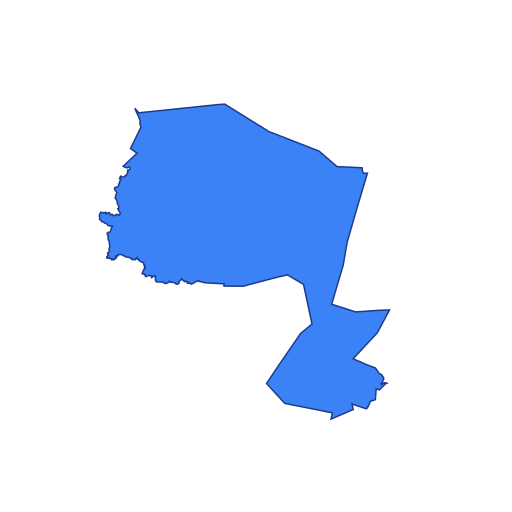 San Francisco del Oro, Chihuahua, Mexico, rotated 245°
{"feature_id": "50627088B76739028658170", "entity_name": "San Francisco del Oro", "entity_type": "district", "adm_level": 2, "iso_a3": "MEX", "parent_name": "Mexico", "parent_adm1": "Chihuahua", "projection": "orthographic", "projection_center": [-105.915, 26.89], "detail": "fine", "context": "isolated", "style": "filled", "palette": "blue", "viewbox_px": 512, "rotation_deg": 245, "n_neighbors": 0, "source": "geoboundaries", "source_scale": "gbopen_adm2", "svg_char_len": 5971}
<svg xmlns="http://www.w3.org/2000/svg" viewBox="0 0 512 512"><g transform="rotate(245 256 256)"><path d="M288.0,145.3L287.6,146.4L286.7,146.7L286.6,146.8L286.3,147.4L286.2,147.7L286.1,147.8L284.8,147.2L284.2,147.2L284.0,147.3L283.8,147.6L283.7,147.8L283.7,148.0L283.9,148.9L283.8,150.2L283.6,150.5L283.4,151.0L283.0,151.4L282.9,151.5L282.8,152.3L282.7,152.5L281.8,152.5L281.2,152.5L280.8,152.3L280.4,152.3L280.4,152.7L280.7,153.1L280.9,153.4L281.0,153.5L281.3,154.1L281.2,154.5L280.9,155.0L280.7,155.3L280.9,155.8L280.8,156.1L280.3,156.2L278.7,155.4L277.3,155.1L277.2,155.0L276.6,154.8L276.4,154.6L275.1,154.6L274.6,154.9L271.6,160.9L270.2,161.3L269.6,162.1L269.4,162.3L269.2,162.6L269.2,163.1L269.0,163.5L269.0,165.1L269.1,165.5L269.6,166.3L269.8,166.4L269.9,166.6L269.8,166.9L269.3,167.1L268.5,167.2L268.3,167.4L268.0,167.9L268.0,168.3L267.8,169.0L267.1,169.7L266.7,170.1L265.6,171.1L265.6,171.4L265.0,171.9L264.2,171.8L263.8,172.4L263.7,172.6L263.7,173.0L263.7,174.3L263.8,174.6L264.7,175.2L265.1,175.1L266.4,178.5L266.7,179.2L265.4,179.3L264.9,179.7L264.4,179.7L263.9,179.9L263.3,181.1L263.1,181.2L262.7,180.9L262.4,181.9L262.0,182.6L261.4,183.0L260.8,182.7L260.7,182.9L260.3,182.4L260.1,182.7L259.7,184.2L259.8,184.4L259.5,184.6L259.1,184.5L258.6,184.7L258.1,185.2L257.8,185.8L257.7,186.5L258.0,187.7L257.9,188.3L257.8,188.9L257.9,189.1L258.0,189.4L258.1,189.6L258.0,189.8L258.1,190.7L258.4,191.8L258.0,193.1L257.7,193.1L257.4,193.0L257.2,193.1L257.0,194.1L256.9,194.4L256.5,194.5L253.1,198.8L244.2,215.4L242.3,214.2L233.9,231.9L233.1,237.2L227.5,267.8L225.6,276.5L210.2,287.1L170.7,278.0L166.9,263.6L147.3,230.3L136.0,211.7L110.2,219.8L81.6,258.9L76.5,255.1L75.8,279.3L81.3,280.4L71.1,291.2L70.9,291.9L71.8,293.4L73.1,295.1L74.4,296.7L75.6,297.7L76.0,298.5L75.5,301.5L75.4,303.5L84.8,308.8L82.5,311.2L85.0,318.1L85.4,318.4L85.3,320.8L86.3,320.0L86.8,318.7L86.9,317.1L86.7,316.0L86.7,315.4L87.6,315.6L87.8,316.3L89.8,319.1L90.7,319.8L91.9,320.3L93.5,319.9L93.9,319.6L94.8,319.9L97.6,318.0L104.0,316.9L111.7,309.5L121.8,300.6L135.2,333.6L150.7,354.2L151.2,353.0L153.5,347.5L155.4,343.0L163.2,322.7L180.3,304.2L210.9,331.2L229.9,344.4L257.0,368.0L284.0,392.0L285.5,388.3L288.0,388.4L288.9,388.6L290.0,389.1L291.1,389.5L302.8,367.2L324.4,357.5L363.2,320.4L406.9,291.8L409.0,286.4L435.3,210.3L441.1,208.6L436.0,208.4L432.5,208.6L431.1,208.3L430.2,208.3L428.4,208.2L427.4,208.1L426.8,208.1L425.9,207.1L425.4,206.8L423.4,206.5L423.0,206.6L421.1,205.8L406.4,187.7L399.5,191.6L396.3,182.0L393.4,173.5L392.0,174.6L391.0,175.6L390.5,176.2L390.4,176.6L390.3,176.9L390.5,178.1L390.4,178.4L390.3,178.7L389.8,179.2L389.2,179.2L388.5,178.8L388.2,178.5L388.0,178.2L387.6,177.5L387.6,177.2L387.7,176.8L388.1,176.4L387.9,175.9L387.8,175.7L387.6,175.6L386.3,175.3L386.0,175.2L385.1,173.9L384.3,173.1L384.1,172.7L384.0,172.4L383.9,172.2L384.2,171.8L384.3,171.5L384.2,171.3L383.6,170.6L383.3,169.9L383.3,169.6L383.5,169.2L384.0,168.4L384.8,167.8L385.4,167.5L385.6,167.0L385.6,166.9L385.4,166.6L385.0,166.4L384.6,166.0L384.4,165.8L384.2,165.7L383.9,165.0L383.8,164.9L383.6,165.0L383.4,165.5L383.1,165.9L382.7,165.9L382.3,165.6L381.7,164.7L381.1,164.1L381.0,163.8L380.8,163.6L380.3,163.3L379.8,163.0L379.5,162.7L379.3,161.9L379.1,161.7L378.0,161.5L377.9,161.4L377.4,160.6L377.0,159.7L377.0,159.4L377.1,159.2L377.5,158.7L377.7,157.3L377.6,156.9L376.9,156.3L376.5,156.1L375.8,156.0L375.3,156.2L373.0,156.6L372.6,156.6L372.1,156.5L371.6,156.1L371.3,155.7L370.7,155.0L368.0,152.8L366.4,153.2L364.4,153.4L362.6,152.5L362.3,152.5L360.9,152.7L359.7,152.7L358.8,152.5L357.4,151.9L357.2,150.6L351.9,151.1L351.5,150.5L351.4,149.9L350.9,149.6L350.9,149.4L351.6,149.0L352.1,147.6L352.6,147.3L352.8,147.1L352.8,146.8L352.6,146.5L352.3,146.3L352.2,146.0L352.5,145.2L352.6,143.9L353.9,143.4L354.3,143.5L354.8,142.9L354.6,142.1L354.8,141.5L355.2,141.3L355.6,141.5L356.1,141.4L357.1,141.5L357.5,141.2L357.5,140.1L357.5,138.2L358.1,138.7L358.7,138.6L359.2,138.0L359.4,136.7L359.4,135.9L360.1,135.7L360.5,134.7L361.0,134.3L361.3,133.8L359.8,131.8L358.5,130.9L357.3,130.8L356.1,130.0L354.8,129.9L353.8,130.3L353.0,130.8L352.4,130.7L352.0,130.9L351.9,131.6L351.2,132.3L350.4,132.4L349.9,132.6L348.9,133.8L348.2,134.3L346.5,134.7L345.7,135.4L345.0,136.2L344.6,137.0L344.3,138.0L344.0,138.4L343.4,138.4L343.3,137.9L343.0,137.2L341.9,136.4L339.5,134.0L339.6,133.1L339.9,132.2L339.4,131.4L339.6,130.7L338.3,130.3L337.3,130.8L336.6,130.1L336.0,130.2L334.8,129.7L334.5,129.4L333.4,129.0L332.8,129.0L332.2,129.2L331.5,129.3L330.4,128.6L329.5,128.5L327.4,127.8L326.4,127.8L325.5,126.6L324.5,125.7L322.0,125.0L321.6,124.5L321.7,123.4L321.2,122.7L320.4,122.8L320.0,122.3L318.8,122.4L318.8,121.6L318.5,120.9L318.4,120.4L317.2,120.0L316.9,120.1L317.0,120.5L317.0,121.0L316.6,121.3L316.4,121.7L315.8,122.0L315.9,122.7L315.2,122.8L314.9,123.3L314.8,123.9L314.7,124.0L314.4,124.0L314.2,123.9L314.0,123.6L313.8,123.6L313.7,123.6L313.3,123.8L313.4,124.2L313.5,124.4L313.7,124.6L313.7,124.9L313.1,125.1L312.7,125.6L312.5,125.9L312.6,126.1L313.1,126.8L313.5,127.1L313.2,127.4L313.1,127.7L313.4,128.5L313.5,128.9L313.9,129.1L315.0,128.7L315.3,129.0L315.0,129.8L314.5,130.9L314.5,131.2L314.6,131.3L315.2,131.4L315.4,131.5L315.3,132.2L315.0,133.1L314.4,134.4L314.0,134.9L312.8,135.4L312.2,136.2L311.2,137.1L310.2,137.4L310.0,137.7L308.5,140.5L307.8,140.6L307.2,141.2L306.7,141.9L306.3,142.0L305.5,141.9L305.2,142.0L304.8,143.7L304.1,143.9L303.7,144.9L303.8,145.3L304.2,145.6L304.7,146.3L304.9,147.6L304.0,147.1L303.5,147.1L303.1,147.2L302.8,147.4L302.6,147.8L302.8,148.3L302.7,148.5L302.4,148.6L302.2,148.6L301.9,148.4L301.6,148.2L301.4,148.2L301.2,148.2L299.9,148.9L298.7,150.0L297.7,151.2L297.4,151.2L296.5,150.7L296.1,150.8L295.6,151.1L295.4,151.1L295.1,150.9L294.7,150.5L294.1,150.8L293.7,151.3L293.4,151.2L293.2,151.0L293.2,150.5L293.0,150.4L292.7,150.5L292.3,150.8L291.8,150.6L291.8,149.9L291.9,149.3L291.5,149.1L291.1,149.0L290.6,148.0L289.2,146.4L288.0,145.3Z" fill="#3b82f6" stroke="#1e3a8a" stroke-width="1.5"/></g></svg>